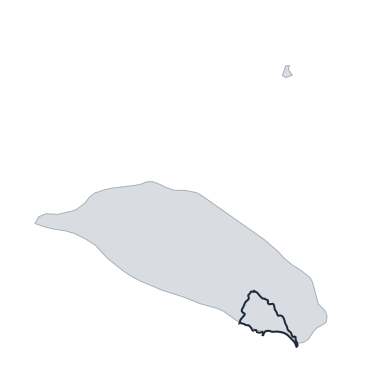 Taiwan, with Yilan highlighted, rotated 98°
{"feature_id": "TWN-1163", "entity_name": "Yilan", "entity_type": "County", "adm_level": 1, "iso_a3": "TWN", "parent_name": "Taiwan", "parent_adm1": "", "projection": "natural_earth1", "projection_center": [121.682, 24.662], "detail": "fine", "context": "in_parent", "style": "outline", "palette": "slate", "viewbox_px": 384, "rotation_deg": 98, "n_neighbors": 0, "source": "natural_earth", "source_scale": "10m", "svg_char_len": 2266}
<svg xmlns="http://www.w3.org/2000/svg" viewBox="0 0 384 384"><g transform="rotate(98 192 192)"><path d="M258.0,280.5L253.3,291.0L249.5,302.2L248.0,312.7L248.0,323.6L247.0,333.4L245.1,343.1L237.8,340.3L233.8,333.4L232.9,322.0L227.6,308.2L225.6,304.2L217.9,296.5L211.0,292.7L205.6,287.0L206.3,287.5L202.3,279.8L199.3,271.7L193.1,248.5L191.0,242.9L188.1,237.8L187.3,232.7L188.3,227.1L191.0,218.7L192.7,210.2L191.4,198.7L192.0,187.4L194.0,182.3L229.6,112.9L239.3,98.1L245.2,90.9L250.2,82.7L254.9,72.4L260.6,62.9L264.8,60.0L285.1,51.5L291.4,43.4L296.5,40.9L302.2,41.0L305.9,44.9L309.2,49.5L312.7,52.0L321.7,56.4L325.6,60.8L327.4,68.2L322.0,75.3L319.3,81.7L318.7,88.7L319.7,98.3L319.9,107.9L313.0,130.3L305.6,144.3L303.7,151.3L301.4,168.6L297.1,186.0L293.4,208.0L287.4,230.7L284.0,240.2L279.7,249.2L269.5,266.4L258.0,280.5ZM62.4,109.0L65.6,115.0L64.2,118.7L53.9,116.7L53.3,113.1L57.2,113.7L62.4,109.0Z" fill="#d9dde1" stroke="#a8b0b8" stroke-width="1"/><path d="M330.7,67.0L327.3,68.9L325.7,70.4L320.3,77.4L319.5,78.9L318.8,81.0L318.4,83.4L318.3,85.8L318.3,88.1L319.3,92.9L319.2,94.2L318.8,95.4L318.9,97.9L319.8,99.9L321.7,101.1L323.9,101.6L323.9,102.1L323.0,102.0L322.1,102.1L321.3,102.4L320.8,102.8L321.6,104.4L322.0,106.4L321.7,108.2L320.0,109.2L319.9,110.0L320.1,110.9L320.6,111.8L320.8,112.6L320.0,113.4L318.3,114.5L316.2,117.0L316.2,118.0L316.3,120.2L316.0,121.0L315.6,121.7L315.4,122.7L315.2,124.7L315.1,125.2L314.8,125.7L314.6,126.1L314.9,126.6L315.0,126.7L314.7,126.7L311.5,126.1L306.2,122.7L305.1,123.0L304.4,124.8L303.0,126.2L301.1,126.2L298.8,125.2L294.5,124.1L292.6,123.1L291.9,122.4L290.2,121.0L288.8,121.0L287.5,121.7L286.3,121.9L285.3,121.1L284.0,120.3L282.6,119.9L282.2,118.8L282.4,117.0L281.3,116.7L282.6,113.5L286.6,109.0L287.7,107.2L287.5,105.9L287.9,104.4L288.6,102.3L288.7,101.9L289.8,101.4L290.8,101.6L291.7,101.2L292.4,100.0L291.5,96.1L293.0,94.9L293.9,94.6L295.6,94.1L297.0,93.5L298.1,92.5L299.5,91.4L301.4,90.4L302.5,89.6L302.4,88.9L302.1,88.0L302.0,86.7L302.6,85.1L303.9,83.9L305.0,83.2L308.8,81.5L312.6,79.0L314.4,78.4L315.8,77.3L316.7,75.7L317.6,74.4L318.7,73.8L319.7,73.4L321.0,72.5L321.5,71.4L320.8,70.3L321.2,69.3L324.4,68.6L325.4,67.9L327.8,66.5L329.5,66.1L330.5,66.7L330.7,67.0Z" fill="none" stroke="#1e293b" stroke-width="2"/></g></svg>